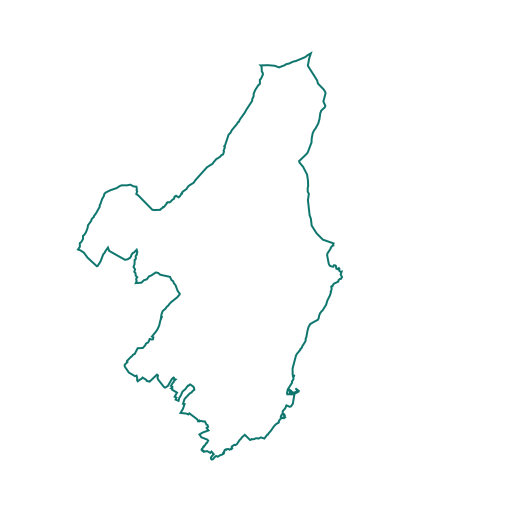 Holmestrand nor, Vestfold, Norway, rotated 50°
{"feature_id": "86288312B24065042628748", "entity_name": "Holmestrand nor", "entity_type": "district", "adm_level": 2, "iso_a3": "NOR", "parent_name": "Norway", "parent_adm1": "Vestfold", "projection": "orthographic", "projection_center": [10.216, 59.512], "detail": "fine", "context": "isolated", "style": "outline", "palette": "teal", "viewbox_px": 512, "rotation_deg": 50, "n_neighbors": 0, "source": "geoboundaries", "source_scale": "gbopen_adm2", "svg_char_len": 6154}
<svg xmlns="http://www.w3.org/2000/svg" viewBox="0 0 512 512"><g transform="rotate(50 256 256)"><path d="M401.2,366.9L400.1,362.2L400.5,361.6L400.0,360.5L399.4,356.8L398.0,351.7L397.7,349.0L398.0,346.1L399.0,345.7L398.0,345.7L397.1,344.3L396.6,342.5L396.5,340.5L398.2,338.9L398.2,338.3L396.4,340.2L395.2,340.5L394.2,338.8L394.0,337.6L395.6,336.8L398.1,337.9L397.1,336.7L395.5,336.1L393.6,336.7L392.5,335.8L391.9,334.7L391.5,331.6L390.0,328.7L393.2,327.1L393.7,325.8L392.8,322.7L386.3,315.1L387.2,310.7L386.9,310.0L382.7,310.8L386.2,310.8L385.1,315.0L382.7,316.1L385.3,317.0L384.9,317.6L382.3,317.0L381.8,315.8L379.1,316.6L379.2,317.0L380.7,316.8L383.8,318.8L382.1,320.9L381.3,320.7L378.7,317.6L376.2,309.7L375.2,309.1L374.6,306.8L372.7,304.9L372.2,305.2L371.3,304.6L372.9,303.2L371.0,304.3L370.3,304.1L365.6,300.2L358.0,289.4L357.3,287.7L356.3,282.2L355.9,282.0L355.6,279.6L354.9,278.6L353.3,273.5L352.6,272.2L351.2,271.1L350.8,270.0L346.3,264.5L344.0,261.1L343.4,259.1L343.0,258.8L343.0,257.6L343.3,257.1L343.4,255.5L344.6,249.6L344.1,248.2L342.1,245.7L341.0,243.6L340.5,241.3L340.5,240.0L338.4,233.6L336.0,230.0L333.7,224.7L332.2,222.2L331.3,221.8L331.2,221.0L329.5,218.9L328.0,218.2L327.7,217.6L328.3,216.8L327.7,215.8L327.3,214.0L328.5,209.5L327.6,208.4L327.5,206.4L328.1,205.7L327.4,203.6L324.7,203.1L323.0,200.4L322.4,201.4L321.0,201.7L320.0,201.3L319.5,200.4L318.5,200.3L318.4,202.1L317.3,202.6L315.0,201.2L314.2,201.3L313.2,202.2L313.9,203.7L312.2,205.1L310.8,205.7L308.8,205.3L301.1,201.0L300.0,199.7L298.3,194.1L297.8,193.5L297.3,191.9L297.6,189.9L296.7,189.5L296.2,188.5L286.4,194.3L277.4,195.0L268.5,193.8L262.7,190.0L259.2,188.7L246.7,180.4L242.4,175.6L240.0,175.0L237.2,172.8L236.1,171.2L231.6,167.7L226.4,164.5L217.9,162.6L212.5,162.6L211.0,162.0L210.5,153.7L210.2,150.7L209.7,149.4L204.7,140.5L202.0,138.0L198.4,133.7L197.1,130.8L196.6,128.6L194.6,123.3L191.7,119.1L188.1,115.2L186.6,112.6L186.3,107.7L185.6,106.4L180.9,105.0L176.1,98.2L175.1,97.6L172.1,97.1L163.7,97.7L160.7,96.3L143.6,94.0L138.9,88.4L136.0,83.7L135.3,87.7L135.3,90.2L134.5,93.0L132.2,100.3L131.0,102.5L129.8,107.1L128.5,109.4L128.3,111.4L126.3,117.1L122.3,119.4L117.5,124.2L113.0,129.9L114.2,129.8L118.5,133.0L119.7,133.0L121.4,134.0L123.4,138.2L123.5,139.8L126.5,142.2L126.8,143.3L126.6,144.2L128.3,149.8L130.2,153.5L132.0,155.0L133.5,158.1L134.7,159.3L137.8,169.5L138.9,172.3L141.1,180.7L142.2,183.0L141.9,184.0L142.5,185.1L144.1,193.8L145.2,196.2L145.4,198.9L151.4,208.7L151.5,209.8L152.7,209.9L154.5,213.1L155.5,213.5L157.0,215.9L156.5,218.1L156.9,219.1L156.6,222.4L156.2,223.8L156.9,228.3L157.4,229.9L156.5,236.4L158.9,253.6L159.8,256.7L159.1,261.6L159.1,263.2L160.0,266.3L159.6,271.0L160.6,272.5L160.2,272.8L161.2,275.4L161.4,277.5L158.5,278.5L158.7,279.2L158.1,280.2L159.4,281.9L159.2,283.8L159.5,286.8L159.3,287.9L158.2,288.8L157.9,290.0L158.3,290.2L159.3,294.8L158.7,295.6L159.1,296.4L158.8,298.4L159.1,299.6L155.6,304.2L154.0,305.7L134.3,307.2L131.6,307.9L130.1,305.4L129.0,305.3L128.1,304.2L126.0,303.1L123.9,305.1L120.6,306.4L119.0,309.3L115.5,313.5L114.9,315.1L114.4,319.1L112.0,325.3L110.8,330.3L110.9,332.1L112.4,334.3L113.6,337.6L116.1,341.6L116.6,343.1L117.8,344.0L120.4,350.9L121.3,354.6L121.8,355.0L122.1,358.2L123.1,359.6L124.5,365.0L126.3,367.0L128.5,371.0L129.4,373.8L129.3,375.4L131.8,377.7L133.0,380.9L132.9,382.7L135.7,385.0L136.6,388.2L138.8,386.9L142.7,385.7L149.1,386.1L161.5,384.5L161.8,383.6L160.3,378.7L156.6,372.1L156.1,369.5L155.6,368.6L154.4,364.0L157.7,365.2L174.7,358.8L176.1,356.3L176.1,355.0L176.5,354.0L175.9,351.8L175.2,351.0L174.5,348.5L174.9,347.2L174.5,343.4L176.7,344.4L177.1,345.3L178.4,346.4L178.4,347.5L179.1,348.6L180.7,349.6L181.1,350.5L181.0,351.4L184.3,354.5L185.7,356.9L188.5,357.2L189.9,359.4L191.6,359.3L193.8,360.8L195.9,360.6L196.3,362.1L197.2,363.1L198.4,363.4L199.5,365.5L202.8,360.9L202.5,357.5L203.7,354.6L202.8,351.2L203.6,348.7L204.2,343.3L206.2,341.8L208.8,341.4L216.7,335.3L220.2,336.2L222.0,335.7L224.1,336.4L226.6,336.4L232.2,338.4L236.0,338.7L236.4,339.3L237.0,342.7L236.8,350.9L237.2,353.9L237.6,354.8L237.5,356.8L238.2,359.4L238.2,362.9L239.8,365.7L241.8,368.0L241.7,366.5L244.1,371.0L247.1,374.9L248.9,378.8L249.6,381.3L250.8,387.5L252.3,386.9L253.6,388.5L253.0,389.5L251.2,390.8L252.4,392.8L252.9,394.4L252.5,395.6L252.5,397.0L253.2,398.2L253.7,401.8L250.6,406.0L253.1,411.9L252.6,413.7L253.1,415.5L252.9,416.8L253.5,422.4L254.6,422.6L254.9,426.5L256.3,427.6L263.6,428.3L270.3,425.9L270.9,424.4L273.2,425.5L274.7,426.9L276.0,427.1L276.1,424.2L276.5,422.7L276.2,421.0L280.3,419.7L281.5,420.0L283.7,418.4L283.4,418.0L283.8,417.2L283.2,408.1L284.5,407.9L286.0,409.8L287.8,410.4L297.1,410.7L298.4,410.3L298.9,407.1L296.1,399.4L296.2,396.4L296.8,398.2L298.9,396.9L299.1,399.6L299.7,400.3L299.7,401.4L300.9,404.7L302.6,404.2L303.2,404.9L302.9,406.1L304.2,405.7L304.6,406.2L309.9,404.3L311.5,408.8L313.3,408.0L314.3,409.9L317.2,408.5L315.3,405.9L314.6,403.4L312.9,400.1L312.6,399.1L312.6,395.8L311.6,391.6L311.9,391.4L312.0,389.0L315.3,388.1L316.9,388.1L318.9,389.3L318.7,391.3L319.1,393.1L318.7,395.1L319.6,402.6L322.3,406.9L323.5,405.9L326.1,410.1L327.7,414.7L331.9,410.7L333.9,409.6L333.7,408.2L343.3,406.0L345.3,406.6L345.6,405.3L346.3,405.6L347.1,404.0L348.3,403.3L349.8,401.5L353.3,402.3L354.2,401.8L356.1,402.5L356.0,404.4L359.1,404.5L357.1,409.9L356.3,414.0L359.8,414.4L365.2,411.4L366.7,411.3L367.7,414.0L367.4,414.5L368.2,416.6L368.1,417.7L368.6,418.2L368.2,418.7L369.0,420.7L369.0,421.6L369.5,422.3L371.1,421.6L371.2,422.2L372.4,421.9L374.1,418.8L377.4,417.6L377.2,415.8L380.6,415.8L380.5,416.4L381.0,417.5L380.9,418.3L381.5,420.2L382.8,420.9L383.7,420.5L384.0,419.7L383.4,415.7L383.7,415.0L385.1,414.4L385.6,411.4L386.3,409.8L386.5,408.4L386.2,408.2L386.6,408.0L386.4,407.1L385.1,406.1L385.1,405.4L384.5,404.6L384.7,403.6L385.3,403.4L385.2,402.4L385.9,401.5L387.4,400.7L387.4,399.6L388.2,399.0L388.0,397.8L386.7,397.5L386.4,396.9L386.7,394.0L387.5,393.6L387.9,391.7L386.5,387.0L386.3,384.5L385.9,383.8L385.8,379.5L393.1,378.8L393.5,377.9L393.4,377.1L394.4,376.2L395.2,374.8L395.3,373.8L396.2,372.4L397.5,371.4L398.1,368.9L401.2,366.9Z" fill="none" stroke="#0f766e" stroke-width="2"/></g></svg>